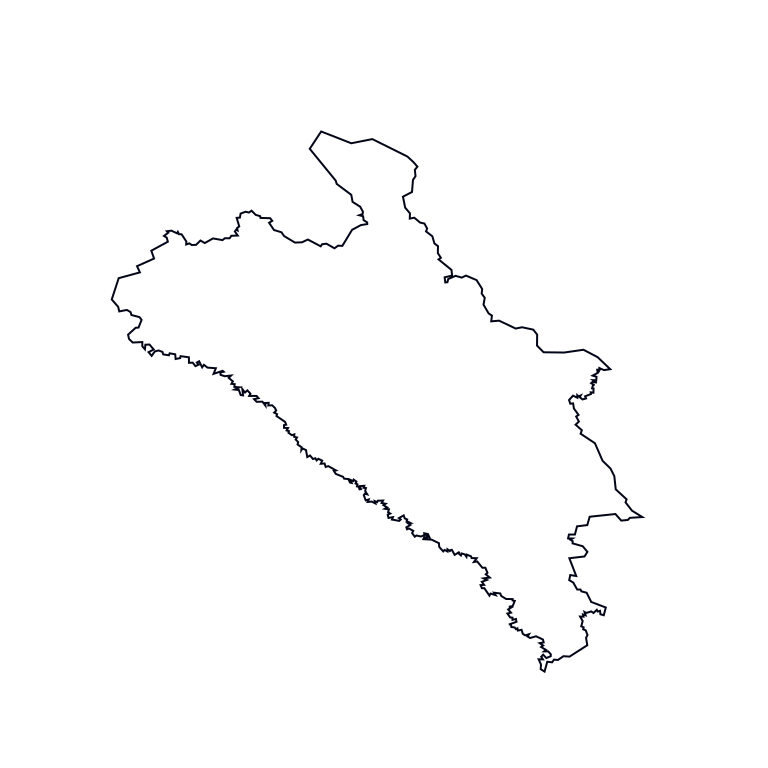 Balzar, Guayas, Ecuador, rotated 106°
{"feature_id": "8360857B55301947791088", "entity_name": "Balzar", "entity_type": "district", "adm_level": 2, "iso_a3": "ECU", "parent_name": "Ecuador", "parent_adm1": "Guayas", "projection": "equal_earth", "projection_center": [-79.85, -1.302], "detail": "fine", "context": "isolated", "style": "outline", "palette": "ink", "viewbox_px": 768, "rotation_deg": 106, "n_neighbors": 0, "source": "geoboundaries", "source_scale": "gbopen_adm2", "svg_char_len": 6165}
<svg xmlns="http://www.w3.org/2000/svg" viewBox="0 0 768 768"><g transform="rotate(106 384 384)"><path d="M616.2,150.4L606.0,150.5L605.2,145.7L602.1,144.6L601.3,140.7L596.2,136.5L594.9,130.5L579.1,116.6L572.3,119.8L569.2,119.2L565.2,122.2L564.9,124.9L562.9,125.0L562.6,127.6L557.1,127.7L553.5,131.4L552.7,128.1L550.7,129.2L550.8,126.4L547.9,128.4L548.3,126.4L545.5,122.1L546.4,119.5L542.4,117.2L543.8,115.9L542.5,113.8L545.7,112.5L545.7,109.0L537.7,109.2L536.4,124.7L528.8,131.7L528.9,137.1L527.4,138.5L528.3,141.7L522.7,147.3L521.5,151.9L516.3,152.3L515.6,146.3L500.4,157.8L494.5,143.7L489.3,142.2L485.2,148.2L485.2,158.8L483.0,159.4L482.3,162.0L480.6,160.3L481.6,164.5L477.7,164.7L476.1,159.0L467.6,159.2L463.6,149.7L454.9,149.7L445.2,125.7L449.9,118.3L447.5,112.2L444.9,110.8L440.7,99.0L437.4,110.7L431.2,119.2L428.0,119.0L421.4,132.2L409.1,137.2L402.8,143.0L397.6,152.7L382.8,164.9L377.6,181.3L373.9,181.1L370.3,188.6L366.4,186.3L362.3,190.3L360.1,188.5L355.2,194.7L350.5,196.9L351.6,199.5L348.4,201.7L343.1,199.1L343.9,194.4L341.5,195.1L342.3,193.6L340.8,191.8L342.7,192.3L344.1,188.9L342.2,185.8L340.4,187.3L336.6,182.3L335.0,183.0L334.7,180.3L330.6,181.3L330.8,182.8L327.4,182.8L327.2,181.3L326.1,185.1L324.4,184.0L324.1,179.8L322.7,184.1L321.9,181.0L318.5,181.7L318.4,185.7L314.2,181.4L312.3,180.9L313.2,182.2L311.5,183.0L310.9,181.0L309.3,181.4L310.0,176.4L307.4,170.6L299.3,186.1L296.1,201.7L304.1,219.5L309.5,239.3L304.9,247.5L294.3,250.4L290.6,255.5L291.4,266.9L294.4,272.7L291.4,290.8L294.2,298.2L288.5,299.1L287.3,302.9L280.3,310.2L273.4,310.9L270.2,315.0L265.6,315.8L258.6,323.7L257.2,335.1L260.3,338.6L260.3,345.0L265.4,351.2L268.7,351.1L269.5,353.1L264.7,355.1L261.0,348.4L255.7,350.6L249.2,365.9L247.0,364.1L243.4,368.3L236.6,370.1L235.0,374.3L228.7,378.2L225.7,385.7L222.6,385.4L218.6,389.4L218.9,393.8L215.8,400.7L217.9,404.8L212.8,406.1L208.6,412.3L198.7,417.4L191.7,410.0L179.8,412.4L175.5,411.0L169.6,413.4L165.9,411.8L162.8,416.5L158.9,424.2L151.8,462.7L161.6,481.8L158.6,514.0L178.4,520.2L201.8,486.5L204.7,484.6L211.2,467.6L217.6,464.4L220.2,455.7L224.3,451.7L226.5,451.4L228.6,454.3L228.5,450.3L232.1,448.8L233.3,444.7L234.9,444.2L237.6,450.0L244.6,457.2L262.7,462.1L263.7,466.3L267.2,469.0L265.0,478.0L266.7,482.0L269.1,482.8L266.1,497.0L270.4,501.9L272.6,508.6L269.3,520.9L266.4,524.4L266.3,532.2L260.7,538.9L258.0,536.4L256.0,539.1L258.4,548.5L256.8,549.3L256.8,553.9L253.9,559.1L256.4,561.1L256.6,564.6L259.7,568.8L263.8,568.4L264.9,571.4L272.4,566.6L274.6,568.2L276.7,567.1L276.3,568.6L278.5,569.4L281.6,565.5L283.6,571.6L286.5,572.6L287.7,577.1L290.2,578.9L291.2,588.5L297.9,595.1L296.7,600.0L302.0,603.0L303.4,607.1L302.5,609.9L304.4,612.6L301.5,613.3L295.9,619.8L296.5,622.4L294.6,624.1L296.2,624.5L295.2,630.6L297.0,634.8L298.0,633.1L302.3,636.3L303.2,633.2L306.8,631.0L320.0,644.4L326.8,639.6L338.8,653.9L344.0,649.4L355.4,668.2L377.8,669.0L383.1,660.8L387.2,658.5L383.7,651.6L384.7,647.5L387.3,645.8L387.1,637.5L389.2,634.7L397.4,635.5L398.4,638.2L407.1,643.6L411.0,641.5L413.4,637.0L410.3,627.9L414.4,626.7L416.5,623.4L412.0,624.2L410.7,620.3L414.3,614.9L418.3,619.1L421.0,615.1L415.9,613.3L413.9,609.9L414.2,605.8L416.4,604.4L415.7,598.7L413.6,598.5L413.0,592.9L417.4,591.2L415.3,587.1L413.3,587.2L412.1,578.9L417.4,577.3L416.2,573.8L418.8,570.2L416.6,567.6L415.0,569.8L413.1,568.0L418.1,563.4L415.2,562.4L416.9,558.2L415.2,550.0L421.2,550.6L415.8,542.7L416.4,541.5L418.0,544.5L420.3,543.6L420.4,539.2L418.0,533.3L420.9,535.0L423.1,530.0L425.9,530.7L425.3,527.5L428.0,527.1L427.1,522.1L430.5,526.0L429.8,521.9L434.1,518.7L433.8,516.3L427.9,518.8L430.5,515.3L427.8,513.6L430.1,509.7L432.6,510.3L430.6,503.2L432.2,500.7L434.4,504.7L436.2,501.5L434.5,496.0L437.5,492.0L435.0,493.0L433.9,489.7L436.5,489.3L435.3,485.6L437.1,482.2L439.2,480.3L441.8,481.7L442.4,478.5L444.4,478.5L447.7,468.6L450.1,466.8L451.1,468.8L453.7,468.0L452.8,464.1L455.5,464.8L455.5,462.4L457.2,462.4L458.6,458.4L457.1,456.3L459.5,455.8L459.4,452.9L461.7,453.6L463.5,450.5L466.0,450.4L467.5,445.8L470.3,445.2L468.4,444.6L469.0,440.8L475.4,437.6L473.1,435.4L475.7,431.6L474.3,429.5L476.0,427.7L474.0,426.5L474.7,422.3L478.1,422.8L476.8,419.2L479.8,417.2L478.3,414.9L480.3,406.4L481.3,408.3L483.7,405.6L484.5,397.8L486.0,396.2L485.2,392.1L488.1,389.5L488.0,387.8L485.4,389.9L485.8,386.9L484.3,386.8L485.4,383.6L487.5,383.9L487.7,381.9L489.9,381.8L489.7,380.0L492.0,378.5L491.4,377.2L488.8,379.0L487.3,374.9L489.4,375.1L489.0,372.7L492.1,372.6L494.7,369.7L494.8,372.2L496.4,372.8L500.9,369.5L499.2,366.9L501.9,367.2L500.4,363.4L501.2,359.3L499.1,360.6L499.5,358.1L497.9,357.8L496.3,352.8L499.0,353.5L498.7,349.5L500.6,351.1L501.8,346.9L503.7,348.8L503.1,344.7L506.1,344.7L506.8,342.3L508.5,344.4L511.5,342.8L509.5,338.7L512.1,339.0L511.4,331.6L509.6,330.6L508.8,332.7L504.9,328.9L507.5,327.0L507.8,324.4L509.5,324.5L510.3,320.3L511.2,322.7L512.2,319.8L515.6,323.0L517.3,321.8L516.0,320.2L517.1,315.4L519.6,315.9L522.3,312.3L520.7,311.1L520.4,306.4L518.1,303.5L516.4,304.2L516.1,300.4L519.1,297.9L517.8,301.4L520.2,300.1L520.0,303.0L522.3,303.4L520.5,295.3L521.9,287.3L525.4,286.0L528.6,280.9L526.8,280.0L527.5,276.8L525.4,277.4L526.8,273.9L525.7,274.9L524.7,273.0L528.8,269.0L524.5,265.1L526.2,265.8L527.6,262.8L525.5,262.7L525.5,259.5L527.4,257.1L525.2,257.4L525.7,252.8L527.2,251.8L525.9,246.9L530.3,248.5L528.9,245.5L533.5,238.8L532.7,235.9L537.0,232.5L538.9,233.7L540.9,229.0L543.4,234.7L544.0,231.1L547.2,235.4L549.5,232.4L550.7,235.7L553.3,233.6L552.6,231.3L558.4,224.3L556.1,223.8L556.2,218.5L554.3,220.7L553.3,214.5L555.4,212.9L557.0,207.4L555.3,201.1L556.7,200.7L556.5,198.5L562.1,199.1L563.6,202.5L563.6,199.9L566.5,202.5L568.8,198.9L570.6,202.1L573.6,198.4L573.2,196.1L575.3,195.5L573.5,192.4L576.1,191.1L580.8,197.7L579.9,195.8L582.5,194.6L582.0,191.3L583.3,189.6L582.1,188.4L584.1,187.4L582.4,184.0L585.9,181.7L586.7,178.9L584.6,175.7L587.1,176.5L587.9,173.6L584.6,168.3L585.8,160.8L588.4,159.3L590.2,162.9L591.5,158.9L593.5,160.5L595.0,155.0L596.9,156.4L595.8,152.4L597.9,149.1L599.7,148.7L602.7,152.4L600.3,156.4L602.9,157.7L604.9,155.3L606.0,159.5L610.3,155.8L614.9,154.8L616.2,150.4Z" fill="none" stroke="#020617" stroke-width="2"/></g></svg>